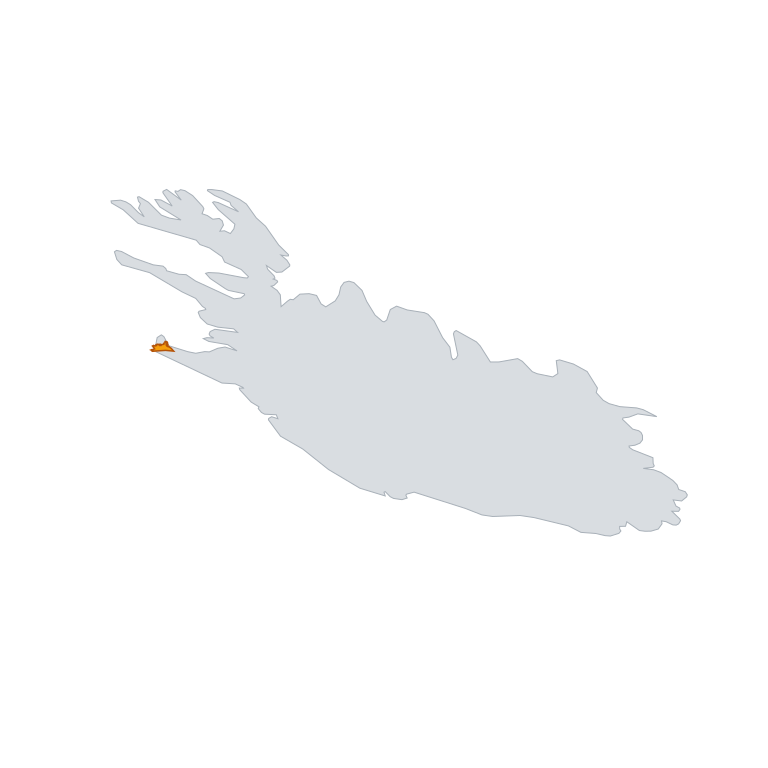 Reykjanesbær, Suðurnes, Iceland (highlighted), rotated 27°
{"feature_id": "244011B48140939724428", "entity_name": "Reykjanesbær", "entity_type": "district", "adm_level": 2, "iso_a3": "ISL", "parent_name": "Iceland", "parent_adm1": "Suðurnes", "projection": "equal_earth", "projection_center": [-22.621, 63.919], "detail": "fine", "context": "in_parent", "style": "filled", "palette": "amber", "viewbox_px": 768, "rotation_deg": 27, "n_neighbors": 0, "source": "geoboundaries", "source_scale": "gbopen_adm2", "svg_char_len": 6463}
<svg xmlns="http://www.w3.org/2000/svg" viewBox="0 0 768 768"><g transform="rotate(27 384 384)"><path d="M586.7,299.0L593.5,299.3L604.4,297.1L620.0,290.6L626.6,289.2L641.9,289.2L623.7,295.4L617.3,302.3L612.4,305.7L612.5,307.2L626.0,311.3L632.2,310.0L635.0,310.5L637.7,312.5L639.7,316.4L638.9,320.5L635.4,324.6L630.5,328.0L631.3,329.1L635.5,329.7L657.1,327.6L659.9,332.6L662.0,334.3L661.5,336.0L653.3,341.5L663.2,338.0L671.2,337.1L685.1,338.8L690.9,340.8L694.5,344.2L701.3,343.2L704.6,345.1L704.9,347.2L702.3,353.1L694.3,356.0L699.6,360.2L703.7,360.3L704.6,361.2L704.3,363.7L698.2,366.7L708.9,370.0L710.3,371.2L710.0,374.9L708.4,377.1L705.4,378.4L697.9,378.6L693.4,380.0L695.2,382.3L694.2,388.7L688.7,393.9L683.4,396.7L678.1,398.6L662.9,396.5L663.8,401.1L658.6,403.9L659.8,406.2L661.8,407.4L661.1,410.4L654.7,416.7L649.9,418.7L640.4,421.1L626.8,426.8L612.7,426.7L578.3,434.9L564.9,439.4L541.0,452.7L530.7,456.2L513.1,457.9L459.9,466.7L454.1,471.9L453.9,473.1L456.4,475.1L452.5,478.9L444.5,481.6L440.7,481.6L433.9,479.3L433.1,480.4L435.9,483.2L409.8,487.8L373.4,485.4L341.1,478.8L315.5,477.5L297.3,468.4L296.9,467.0L298.7,464.2L305.2,463.1L302.0,460.3L291.3,465.1L287.7,465.0L283.1,463.0L282.9,461.1L273.8,460.4L258.1,454.6L256.9,453.3L260.7,451.5L259.9,451.1L251.4,451.4L239.2,456.7L166.3,458.8L163.8,456.0L160.8,445.6L163.3,441.3L166.3,441.7L174.9,447.6L194.4,444.3L202.3,442.1L209.6,436.5L213.8,434.7L219.7,427.6L225.6,423.2L238.0,421.2L226.9,419.9L208.6,425.6L202.4,425.6L205.2,423.1L211.5,420.3L207.2,420.1L205.5,418.9L205.3,416.2L208.5,412.0L230.1,404.5L225.0,403.1L210.1,408.8L199.2,410.8L190.2,408.2L186.0,404.6L186.2,403.1L191.4,398.6L190.6,397.7L187.0,397.3L177.4,393.2L162.2,393.6L124.6,391.2L96.2,396.9L89.4,394.3L83.8,388.6L85.0,386.4L90.0,385.1L103.9,385.3L124.3,382.6L133.6,379.3L137.2,380.2L138.9,381.8L151.5,379.3L158.1,376.4L169.4,377.8L211.8,376.2L217.3,372.4L219.4,367.9L218.4,367.0L202.9,371.2L199.4,371.1L181.3,368.9L174.8,366.4L177.0,364.4L186.5,360.1L210.7,353.0L214.1,351.6L214.5,349.9L204.8,346.8L186.6,347.7L181.9,344.1L166.8,342.0L156.7,343.3L151.4,341.1L91.9,352.5L72.6,347.2L58.9,346.4L57.7,344.8L65.8,339.8L71.3,338.9L76.8,339.3L87.3,342.8L94.5,343.9L85.5,338.8L85.1,333.9L82.3,332.6L79.5,329.4L80.7,328.3L91.6,329.0L109.0,334.6L117.5,333.6L128.7,330.0L103.8,328.0L96.2,323.6L101.7,321.3L114.5,321.6L100.2,314.0L99.6,312.6L102.0,309.3L119.9,312.2L110.6,307.7L110.3,306.7L113.0,305.9L114.5,303.2L118.9,302.1L128.0,303.0L142.0,308.2L144.0,309.7L144.6,314.9L150.1,314.1L156.6,314.9L162.1,311.3L165.8,312.1L168.8,315.3L168.4,322.4L172.3,319.9L178.8,319.7L179.8,313.9L178.6,309.3L157.2,303.9L148.8,300.0L149.8,298.7L153.9,297.6L176.2,296.6L166.7,294.3L164.3,292.0L147.4,292.9L138.9,291.9L138.7,290.8L142.1,289.0L152.3,285.4L171.8,285.1L179.6,286.1L194.8,294.0L206.8,297.2L227.1,308.0L240.1,312.1L240.7,313.2L238.6,314.4L233.6,315.9L241.3,317.8L246.0,320.6L246.4,321.8L242.2,330.6L237.4,333.4L225.4,331.8L228.3,334.6L236.9,337.5L238.8,339.2L237.6,340.8L241.6,340.3L242.9,341.3L241.1,346.3L239.0,348.1L246.2,349.1L251.1,351.6L257.2,361.8L260.4,354.0L262.0,351.1L264.9,350.1L268.3,342.1L276.3,337.5L283.7,335.7L291.6,341.2L297.1,341.7L302.8,332.1L303.4,325.0L301.4,317.2L302.3,311.6L306.1,308.3L311.1,307.3L321.9,310.6L331.1,318.3L344.8,326.7L354.2,328.9L355.9,328.6L357.4,325.8L355.8,314.8L359.9,308.9L371.0,307.5L387.6,302.1L391.5,301.9L399.9,305.0L415.2,316.1L426.0,321.3L431.9,329.5L434.4,331.1L436.6,328.5L436.7,324.8L423.1,307.8L422.9,305.5L424.0,303.6L447.2,304.5L452.4,306.4L468.8,316.1L476.5,312.1L491.6,300.7L497.0,301.0L510.5,305.7L515.8,305.3L531.1,301.1L534.2,295.8L526.9,285.0L529.5,282.8L543.8,280.2L559.4,280.7L576.0,290.7L577.0,295.3L586.7,299.0Z" fill="#d9dde1" stroke="#a8b0b8" stroke-width="1"/><path d="M178.4,448.9L178.2,448.9L177.8,448.7L177.5,448.7L177.0,448.7L176.8,448.6L176.4,448.6L176.1,448.6L175.8,448.6L175.6,448.6L175.4,448.6L175.3,448.4L175.2,448.4L174.8,448.3L174.8,448.2L174.6,448.2L174.4,448.2L174.4,448.3L174.5,448.3L174.4,448.4L174.1,448.4L174.1,448.5L173.9,448.4L174.0,448.5L173.8,448.6L173.7,448.6L173.5,448.8L173.3,448.8L173.1,448.7L172.9,448.6L173.0,448.5L172.9,448.4L173.0,448.4L173.7,448.4L173.1,448.3L173.0,448.2L172.9,448.0L173.0,448.0L173.1,447.9L173.3,448.0L173.1,447.9L173.3,447.9L173.4,448.0L173.5,447.9L173.6,448.0L173.6,447.9L173.3,447.8L173.1,447.8L172.9,447.7L172.8,447.4L172.7,447.4L172.8,447.3L172.7,447.3L172.6,447.1L172.8,447.1L172.7,447.0L172.8,447.0L173.0,447.0L172.9,446.9L172.6,446.8L172.3,446.7L172.2,446.6L172.1,446.4L171.9,446.4L172.0,446.3L172.4,446.3L172.4,446.2L172.6,446.2L172.4,446.1L172.5,446.1L172.5,445.9L172.4,445.9L172.2,445.8L172.3,445.8L172.2,445.7L171.9,445.7L171.9,445.4L172.0,445.2L171.9,445.1L171.7,445.0L169.7,445.3L169.6,445.6L170.2,446.5L169.8,447.0L169.3,447.7L169.8,448.6L167.3,450.2L167.1,450.3L166.9,450.4L166.9,450.5L167.0,450.6L167.3,450.6L167.0,450.7L166.9,450.7L166.9,450.8L166.7,450.8L166.8,450.9L167.0,450.8L167.0,450.7L167.1,450.8L167.3,450.8L167.2,450.9L167.2,451.0L167.4,451.0L167.5,450.9L167.6,451.0L167.4,451.1L167.5,451.1L167.4,451.1L167.2,451.2L166.8,451.1L166.7,451.2L166.7,451.3L166.7,451.2L166.4,451.2L166.4,451.3L166.2,451.2L166.1,451.3L165.9,451.3L165.7,451.2L165.7,451.3L165.4,451.3L165.4,451.2L165.3,451.3L165.2,451.3L164.9,451.3L165.0,451.2L164.9,451.2L164.8,451.3L164.7,451.3L164.3,451.3L164.3,451.2L164.3,451.3L163.9,451.4L163.8,451.5L163.7,451.6L163.8,451.8L163.9,452.0L163.7,452.2L163.7,452.4L163.4,452.4L163.3,452.5L163.5,452.8L163.4,452.8L163.2,452.9L163.0,453.0L162.9,453.0L162.9,453.3L163.0,453.4L163.2,453.5L162.9,453.7L162.9,453.8L162.8,454.0L162.7,454.0L162.4,454.2L162.2,454.2L161.9,454.3L161.8,454.2L161.6,454.3L161.4,454.3L161.4,454.2L161.2,454.2L161.1,454.3L160.9,454.7L160.9,454.8L161.0,455.0L160.9,455.1L161.0,455.1L160.9,455.2L161.0,455.3L160.9,455.3L161.0,455.3L160.9,455.3L161.0,455.5L161.5,455.7L161.6,455.8L161.9,455.9L162.0,456.1L162.5,456.2L162.6,456.3L162.8,456.4L163.1,456.4L163.4,456.6L163.5,456.7L163.6,456.8L163.4,456.9L163.4,457.0L163.2,457.1L163.1,457.3L163.1,457.5L163.0,457.8L162.9,458.0L162.6,458.2L162.5,458.3L162.3,458.3L162.2,458.3L162.1,458.5L161.8,458.7L161.7,458.7L161.6,458.8L161.3,458.9L161.2,459.0L161.1,459.4L161.0,459.5L161.3,459.5L161.5,459.4L161.7,459.5L161.8,459.6L162.0,459.8L162.3,459.8L162.5,459.8L162.6,460.0L162.8,460.0L165.9,458.1L174.1,453.2L181.7,450.2L178.4,448.9ZM164.9,451.1L165.0,451.1L164.9,451.1L164.9,451.1Z" fill="#f59e0b" stroke="#b45309" stroke-width="1.5"/></g></svg>